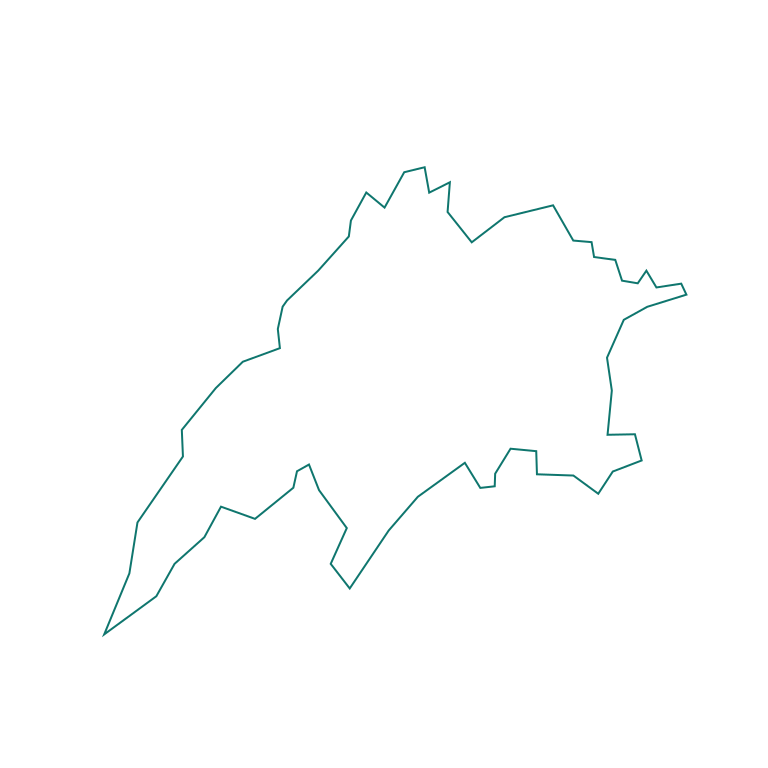 Dzhambay, Samarkand, Uzbekistan (Albers equal-area conic projection), rotated 82°
{"feature_id": "79887680B27058586610976", "entity_name": "Dzhambay", "entity_type": "district", "adm_level": 2, "iso_a3": "UZB", "parent_name": "Uzbekistan", "parent_adm1": "Samarkand", "projection": "albers", "projection_center": [67.125, 39.732], "detail": "fine", "context": "isolated", "style": "outline", "palette": "teal", "viewbox_px": 768, "rotation_deg": 82, "n_neighbors": 0, "source": "geoboundaries", "source_scale": "gbopen_adm2", "svg_char_len": 955}
<svg xmlns="http://www.w3.org/2000/svg" viewBox="0 0 768 768"><g transform="rotate(82 384 384)"><path d="M364.6,551.1L401.3,590.6L427.8,593.2L486.8,647.4L536.1,662.5L593.0,695.9L562.5,639.0L532.9,616.4L510.7,583.2L482.8,562.5L499.6,530.5L474.1,488.2L458.3,482.3L453.3,469.5L480.1,463.1L521.5,440.9L554.7,461.8L581.7,446.4L529.7,399.7L500.4,366.2L473.3,314.9L500.3,303.1L500.7,288.6L488.3,286.4L465.7,267.7L471.7,242.6L494.7,245.1L501.0,209.2L522.5,187.1L502.5,169.6L495.6,139.5L468.7,142.5L465.4,169.7L422.2,159.3L389.0,159.5L353.8,137.6L344.2,112.6L337.6,72.1L326.0,75.7L326.3,100.8L308.3,108.4L319.6,118.7L314.8,133.9L293.3,137.7L287.5,158.3L272.4,158.7L268.3,176.6L230.6,191.7L235.6,241.5L255.9,277.4L222.5,297.1L193.4,290.7L200.8,312.6L175.0,313.6L177.1,334.5L209.4,358.9L191.9,374.9L217.5,394.0L233.0,398.3L262.6,433.4L287.8,468.4L293.3,473.6L314.8,481.5L334.0,482.1L342.3,520.7L364.6,551.1Z" fill="none" stroke="#0f766e" stroke-width="2"/></g></svg>